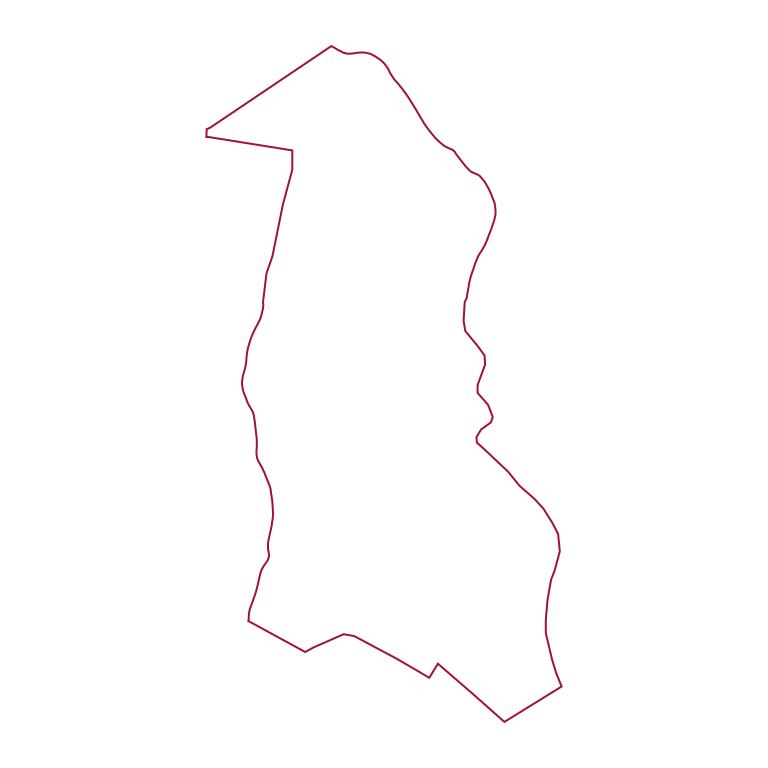 the district of Derierre Bois, Laborie, Saint Lucia
{"feature_id": "8701671B73692307492725", "entity_name": "Derierre Bois", "entity_type": "district", "adm_level": 2, "iso_a3": "LCA", "parent_name": "Saint Lucia", "parent_adm1": "Laborie", "projection": "mercator", "projection_center": [-60.977, 13.768], "detail": "fine", "context": "isolated", "style": "outline", "palette": "rose", "viewbox_px": 768, "rotation_deg": 0, "n_neighbors": 0, "source": "geoboundaries", "source_scale": "gbopen_adm2", "svg_char_len": 2622}
<svg xmlns="http://www.w3.org/2000/svg" viewBox="0 0 768 768"><path d="M429.3,677.8L437.9,663.7L474.6,695.5L504.4,721.9L561.6,686.5L556.3,673.3L552.2,660.1L545.8,633.1L545.8,619.8L547.6,599.4L551.1,579.6L554.6,570.6L559.8,551.4L558.1,534.0L552.2,522.6L543.5,508.8L534.7,499.1L519.6,485.9L507.9,471.5L501.5,465.5L486.3,451.1L477.0,442.7L476.4,437.3L481.1,429.5L491.0,422.3L492.7,416.9L488.1,404.9L477.6,392.9L477.6,385.1L480.5,377.2L485.1,364.6L484.6,355.6L478.1,346.6L465.3,331.0L463.6,320.8L464.7,302.2L466.9,297.5L467.0,295.6L468.6,287.0L469.2,282.8L470.8,276.4L473.7,268.1L475.0,263.8L476.5,260.2L477.4,258.0L478.9,254.9L481.9,250.3L484.5,245.7L486.7,240.9L488.7,235.6L491.3,229.0L492.5,225.3L494.5,219.3L495.6,213.8L495.4,208.6L494.4,202.2L493.3,199.8L490.8,193.4L488.7,188.9L486.9,185.6L484.7,181.8L481.6,178.0L479.4,175.7L477.6,174.6L473.2,172.7L470.6,171.5L465.5,166.2L461.9,161.6L458.9,157.7L456.2,154.3L454.8,151.8L452.7,149.9L448.9,148.3L446.3,147.0L443.7,145.5L441.6,143.8L439.5,142.0L435.9,138.6L432.4,134.5L428.1,129.0L424.6,124.2L419.7,116.0L415.8,109.3L411.6,102.6L407.6,96.2L402.7,89.4L397.6,83.1L394.0,79.1L390.1,73.1L388.2,68.9L386.5,66.4L384.4,63.6L382.3,61.6L380.8,60.2L379.2,59.0L376.0,56.9L372.3,54.7L369.5,53.6L365.4,52.7L363.3,52.5L359.6,52.5L355.5,53.1L351.3,53.6L347.4,53.7L343.5,52.8L339.9,50.8L337.6,49.7L334.7,47.9L331.3,46.1L209.8,127.9L206.7,129.1L206.4,137.0L209.1,137.1L292.3,150.4L292.3,169.7L282.9,204.6L272.4,256.4L266.5,273.3L263.0,302.3L263.3,304.7L263.3,305.5L263.0,307.4L262.8,309.2L261.2,316.0L260.3,318.7L258.2,323.1L255.9,327.3L253.8,331.5L252.0,335.6L250.6,339.2L249.4,343.0L248.5,346.2L247.6,349.5L247.1,352.7L246.5,357.6L246.2,362.0L245.3,367.3L244.3,371.0L243.1,375.0L242.5,378.1L242.0,382.3L242.3,386.4L243.0,390.4L244.2,393.9L245.8,397.6L247.1,401.5L248.7,404.9L251.3,409.1L252.7,411.8L253.7,414.8L254.3,418.6L254.9,422.5L255.6,429.2L256.2,433.9L256.8,439.5L256.8,443.1L256.8,446.6L256.5,450.9L256.5,453.8L257.0,457.8L258.0,460.4L260.9,465.7L262.4,468.3L264.2,472.2L265.9,476.6L267.2,479.9L269.0,484.0L270.5,488.6L271.0,492.8L271.8,497.7L272.2,500.5L272.6,505.5L272.9,511.0L273.0,514.1L272.8,518.2L272.3,521.0L271.5,526.5L270.2,532.4L268.6,539.8L268.0,543.0L268.0,549.2L268.7,552.3L269.2,556.0L267.6,560.6L264.6,564.7L261.8,569.2L260.4,573.3L259.4,577.5L258.2,582.8L257.7,585.0L256.9,588.2L256.0,591.6L254.7,595.6L253.9,597.8L252.9,600.8L252.3,602.4L250.9,606.2L249.9,608.9L249.4,611.1L248.9,614.1L248.8,616.0L248.6,620.2L248.3,621.0L305.2,652.0L313.4,647.5L337.0,637.1L343.7,634.2L354.2,636.1L397.0,658.9L429.3,677.8Z" fill="none" stroke="#9f1239" stroke-width="2"/></svg>